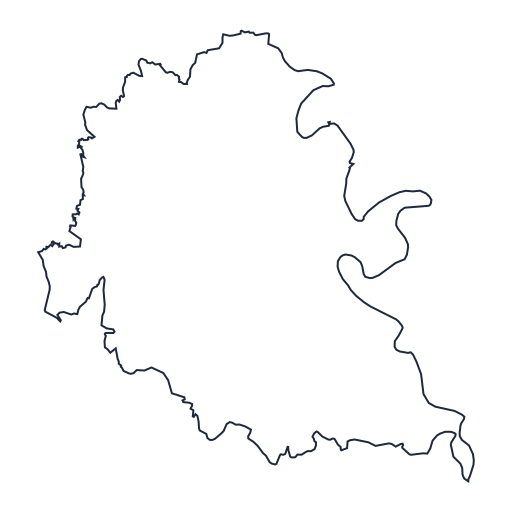 Narail, Khulna, Bangladesh
{"feature_id": "16705992B56503274196630", "entity_name": "Narail", "entity_type": "district", "adm_level": 2, "iso_a3": "BGD", "parent_name": "Bangladesh", "parent_adm1": "Khulna", "projection": "robinson", "projection_center": [89.616, 23.132], "detail": "fine", "context": "isolated", "style": "outline", "palette": "slate", "viewbox_px": 512, "rotation_deg": 0, "n_neighbors": 0, "source": "geoboundaries", "source_scale": "gbopen_adm2", "svg_char_len": 5902}
<svg xmlns="http://www.w3.org/2000/svg" viewBox="0 0 512 512"><path d="M468.3,481.3L468.4,479.2L469.8,476.4L473.5,464.7L473.8,460.1L472.9,454.0L469.1,445.6L461.8,439.8L459.8,436.2L459.6,433.2L460.5,425.5L461.1,423.5L464.0,419.0L464.3,416.7L462.0,414.7L454.5,410.9L435.4,406.7L428.8,403.0L423.5,394.1L421.1,374.2L416.6,362.0L413.1,354.7L410.7,352.3L408.0,352.9L399.8,351.5L396.3,349.7L394.6,346.7L394.8,341.2L398.7,335.6L402.5,328.4L402.6,327.2L401.7,325.4L398.5,321.4L396.0,319.3L370.5,306.5L364.2,302.4L356.0,295.7L350.9,290.1L348.1,285.4L342.9,279.2L339.1,271.8L337.6,266.8L337.9,261.1L340.5,256.9L342.6,255.4L345.5,254.5L351.5,255.5L354.9,257.3L360.5,262.1L362.2,266.1L363.7,274.1L365.3,276.8L370.0,278.1L372.3,278.0L378.9,275.2L395.5,263.0L404.7,259.2L406.9,254.7L408.1,247.1L407.9,244.2L405.1,237.9L397.9,228.6L396.2,225.2L396.4,220.7L398.3,213.7L400.5,210.7L404.7,207.7L428.7,205.8L430.0,204.9L430.9,203.3L431.4,199.9L429.5,196.7L426.2,193.5L420.0,190.7L412.9,191.4L405.9,190.8L399.5,192.2L390.7,196.0L379.0,202.5L368.1,211.4L363.8,216.7L363.6,219.2L361.8,220.8L357.9,220.7L355.2,219.2L351.7,214.1L345.3,200.9L344.2,195.9L346.2,183.8L346.4,178.4L349.3,170.6L349.9,168.2L349.4,167.6L353.3,164.0L350.0,163.0L349.5,161.8L352.0,157.8L353.8,152.0L353.4,149.6L350.6,143.8L337.6,125.7L334.2,123.5L329.9,123.8L329.4,123.0L329.7,122.0L328.3,122.3L329.3,124.7L328.8,125.8L323.2,126.7L319.7,128.3L312.0,135.3L306.6,137.9L303.8,137.9L301.9,136.9L297.3,131.8L296.4,118.3L298.4,110.7L301.2,103.5L313.5,90.1L322.8,86.0L328.4,86.3L333.7,84.7L333.9,83.5L330.9,78.8L322.5,73.5L317.0,71.3L307.8,69.9L298.1,71.2L294.6,70.1L289.7,66.6L285.0,61.3L282.9,57.4L281.7,53.0L278.2,48.3L268.3,43.9L269.1,34.1L268.5,33.5L266.0,33.3L256.3,35.2L255.0,34.8L253.3,32.7L249.5,32.7L248.8,31.6L245.0,32.4L241.6,30.7L240.8,31.1L240.5,33.7L233.3,35.4L229.7,35.8L223.2,34.3L222.5,37.6L222.5,42.8L219.1,48.3L207.8,50.2L206.5,52.9L204.1,52.1L197.0,54.4L195.2,62.9L192.7,65.1L190.4,69.4L190.0,76.6L187.7,80.1L186.8,82.7L187.0,84.0L183.4,83.9L181.3,82.2L179.0,81.8L179.5,79.3L178.8,78.6L179.0,76.6L176.8,74.9L175.4,75.1L172.7,72.3L170.2,71.8L167.4,72.8L165.8,72.3L159.9,65.1L160.6,64.5L160.2,63.8L155.2,64.5L152.2,62.2L150.3,63.3L147.3,62.7L146.4,60.6L142.2,58.8L140.8,58.9L138.9,61.3L138.5,64.7L141.0,70.9L142.1,76.1L139.2,75.8L133.3,72.7L130.6,73.6L129.6,75.0L127.9,74.9L126.9,75.9L126.8,77.0L125.2,77.2L125.1,81.8L123.0,87.5L122.8,90.3L124.1,96.2L123.0,97.0L121.1,95.8L119.8,97.0L120.0,100.0L119.2,101.6L117.7,99.9L116.4,100.9L115.7,102.9L116.4,108.7L109.3,108.4L106.9,107.3L104.3,104.6L101.4,103.3L99.3,103.7L96.3,106.9L93.4,106.8L90.8,107.7L86.5,106.8L84.7,110.2L83.4,114.6L85.3,122.5L85.1,124.9L87.0,130.1L94.5,136.8L91.9,138.4L91.0,137.5L88.6,137.2L87.9,138.0L88.2,139.5L87.3,139.9L83.7,140.1L82.5,138.8L81.5,138.8L81.0,139.9L79.3,139.8L78.5,141.1L79.2,141.2L79.3,141.8L79.0,144.0L77.8,146.0L77.8,147.6L79.1,147.1L79.3,145.9L79.9,145.7L81.7,146.9L80.9,147.9L82.4,149.8L83.3,152.8L83.2,155.7L84.3,157.2L82.0,156.4L82.1,154.8L81.3,154.1L80.4,154.3L83.3,167.0L82.7,171.1L83.3,172.5L83.1,174.4L81.1,178.8L81.5,187.1L83.2,189.8L83.7,192.3L82.9,193.6L84.1,195.4L82.7,195.3L82.9,199.0L80.5,200.2L80.0,204.8L77.1,205.8L76.7,206.9L76.4,208.7L78.3,208.9L77.5,210.7L79.4,212.4L78.7,214.4L77.2,213.5L75.9,214.3L72.7,214.4L72.5,216.3L73.3,217.4L73.5,219.4L74.7,217.7L75.3,217.9L75.1,220.9L76.3,222.8L75.7,225.1L75.2,225.9L70.3,225.4L70.0,226.3L70.6,227.1L69.4,231.1L80.9,239.3L80.0,246.5L73.7,246.9L69.0,244.7L66.1,245.6L65.5,247.4L62.8,248.1L61.8,246.2L59.2,246.6L59.3,243.5L57.7,244.5L57.2,243.6L55.4,243.3L52.9,241.4L51.8,242.1L51.8,242.8L52.9,242.5L54.0,243.7L52.3,246.1L50.7,244.7L48.3,247.1L46.5,246.7L46.4,247.4L47.2,247.9L46.7,248.5L45.2,249.4L43.7,248.9L42.0,251.1L38.2,252.2L42.8,260.0L43.6,266.1L46.0,271.8L46.5,276.5L48.7,281.8L49.8,286.5L49.6,290.0L44.7,310.0L45.4,311.7L56.9,317.9L60.2,321.4L60.8,320.2L57.4,314.9L59.5,312.7L63.8,312.0L71.2,314.5L74.0,313.5L77.3,314.1L78.4,309.7L79.9,306.8L85.8,301.8L87.6,298.0L88.9,298.3L92.2,289.0L94.4,287.2L97.0,286.4L97.4,284.8L98.2,284.7L99.0,283.1L99.7,280.1L101.9,277.6L103.4,276.9L104.6,279.8L103.5,290.0L104.7,304.7L104.1,311.7L102.4,315.5L101.5,325.3L106.7,328.4L113.2,329.4L114.5,331.7L113.4,333.0L106.0,332.9L105.0,333.5L104.8,334.2L105.8,335.9L104.5,341.0L104.9,347.3L107.7,349.4L110.3,352.7L115.7,348.4L117.7,359.1L118.7,361.3L118.8,363.8L121.1,365.5L120.8,366.8L121.8,367.5L123.6,370.9L128.9,373.4L131.0,373.8L133.6,373.1L136.7,370.1L144.4,370.5L151.5,367.5L163.3,373.0L168.1,380.1L171.9,393.3L184.4,397.3L184.7,399.4L182.5,400.4L183.3,402.1L189.1,402.7L192.1,404.0L192.2,405.5L190.6,408.7L193.4,410.3L192.8,416.4L193.8,416.8L195.5,414.2L197.4,415.9L198.6,421.6L199.0,428.3L199.8,430.5L206.3,433.9L207.4,438.0L209.7,439.8L212.2,440.0L215.0,438.8L221.1,433.6L223.6,431.1L226.6,424.1L229.7,422.1L232.0,422.6L235.7,424.7L239.3,424.5L245.2,426.4L250.9,429.6L250.2,432.8L248.2,436.1L248.3,438.5L253.4,441.8L257.6,445.8L263.0,453.1L265.8,455.5L269.8,462.3L271.8,463.6L275.2,464.5L276.4,463.9L280.0,455.1L280.8,454.3L283.2,454.8L285.2,454.0L287.6,446.9L288.2,447.0L288.3,449.9L290.1,456.3L290.9,457.2L292.7,457.5L295.3,457.2L297.4,454.6L301.6,454.7L306.1,451.8L307.7,451.1L311.0,451.2L314.5,449.1L315.9,445.7L316.0,442.3L314.4,441.1L313.8,438.6L312.5,436.7L314.2,433.3L316.5,431.5L317.6,431.9L322.4,436.6L328.5,439.6L330.3,439.7L332.8,438.5L334.5,438.9L337.8,444.4L340.6,447.0L340.8,449.7L341.3,450.3L347.1,448.1L347.6,441.4L350.2,440.2L354.6,439.5L368.4,442.3L375.5,445.9L388.8,443.4L391.6,443.9L395.7,446.6L400.7,444.0L402.6,443.7L403.1,445.0L402.2,446.8L402.3,447.8L409.4,454.3L411.0,454.8L423.1,453.3L427.3,453.6L430.2,448.7L432.6,440.6L437.0,435.5L440.1,433.6L445.1,431.8L450.9,431.8L454.6,433.1L455.7,434.2L455.3,436.1L451.6,441.8L450.8,444.6L453.4,456.7L460.4,463.7L462.2,467.9L462.5,474.4L463.3,476.6L464.3,478.6L468.3,481.3Z" fill="none" stroke="#1e293b" stroke-width="2"/></svg>